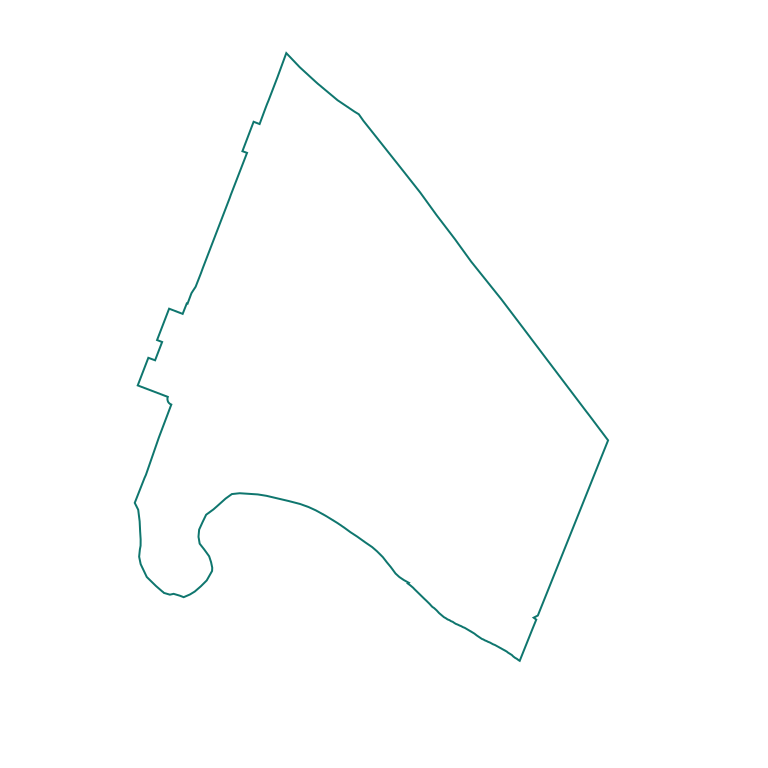 outline of Peppermint Grove, Western Australia, Australia, rotated 111°
{"feature_id": "25037944B88199537818715", "entity_name": "Peppermint Grove", "entity_type": "district", "adm_level": 2, "iso_a3": "AUS", "parent_name": "Australia", "parent_adm1": "Western Australia", "projection": "robinson", "projection_center": [115.77, -31.999], "detail": "fine", "context": "isolated", "style": "outline", "palette": "teal", "viewbox_px": 768, "rotation_deg": 111, "n_neighbors": 0, "source": "geoboundaries", "source_scale": "gbopen_adm2", "svg_char_len": 2302}
<svg xmlns="http://www.w3.org/2000/svg" viewBox="0 0 768 768"><g transform="rotate(111 384 384)"><path d="M356.3,154.6L339.6,181.3L336.8,185.9L301.5,242.7L289.1,262.6L285.9,267.7L262.8,304.9L259.3,310.9L238.5,346.5L226.5,364.9L223.6,369.3L207.6,395.3L192.4,418.6L174.8,448.2L170.8,455.0L145.4,498.0L145.1,498.4L141.2,504.2L140.3,509.2L137.4,521.7L135.7,529.1L127.4,553.4L126.3,556.3L119.2,574.3L118.4,576.3L110.1,593.8L135.8,593.4L147.7,593.4L160.9,593.4L164.4,593.5L168.3,593.5L185.9,593.3L185.9,599.7L217.4,599.6L217.3,594.7L262.3,594.8L265.8,594.7L269.7,594.7L340.9,594.7L346.1,594.6L360.7,594.7L364.8,595.6L368.2,596.3L379.4,596.2L379.4,597.0L390.7,597.1L390.7,611.6L424.3,611.6L424.3,606.2L443.9,606.2L444.0,613.4L473.6,613.4L473.5,581.2L474.7,581.1L475.9,580.7L476.4,580.4L476.9,580.1L477.4,579.7L477.9,579.3L478.6,578.3L478.9,577.7L479.3,576.5L479.4,575.2L514.7,575.0L554.1,573.7L557.5,573.9L584.3,574.1L589.5,568.4L599.8,562.9L609.1,558.8L616.3,555.5L622.2,553.3L626.0,552.6L633.0,550.7L639.4,546.6L649.2,536.3L654.3,524.5L657.2,516.5L657.4,515.7L657.9,514.6L657.4,508.4L655.3,505.2L654.8,498.9L654.8,494.6L650.1,489.8L645.6,486.3L638.5,482.5L630.9,479.1L620.2,477.5L617.1,478.5L612.3,481.6L607.5,485.5L603.0,492.4L599.1,498.9L594.3,501.7L593.9,502.0L592.9,502.5L586.2,504.4L578.1,503.9L569.8,503.2L562.2,498.3L558.6,496.4L547.7,490.8L541.3,486.6L537.7,479.6L532.3,462.2L530.5,453.6L527.4,430.9L526.1,419.5L525.9,410.3L526.4,402.4L527.9,391.5L529.8,381.2L530.5,377.5L532.5,369.1L534.4,362.1L536.1,354.2L538.5,345.0L540.5,336.6L542.6,330.8L546.0,323.1L549.4,317.5L552.5,312.0L556.8,305.3L558.7,300.5L559.9,295.4L560.7,289.6L561.7,290.3L562.6,287.1L563.8,283.7L564.5,282.3L570.2,269.1L571.0,267.1L573.1,262.3L574.0,260.6L574.8,258.9L575.2,257.0L576.4,253.9L578.1,250.5L580.2,244.5L580.5,242.3L581.0,240.3L581.0,238.2L581.4,236.5L581.4,234.6L581.9,232.6L582.2,231.0L582.2,229.0L582.4,226.8L582.4,225.1L582.7,223.3L582.7,221.3L584.6,210.2L585.5,207.3L586.9,201.3L586.9,199.6L587.2,197.9L587.2,196.2L587.4,194.5L587.4,192.4L587.9,189.0L587.9,187.0L589.8,173.5L590.3,172.1L591.2,167.5L592.0,165.8L592.7,163.4L592.9,161.7L593.6,159.3L593.8,158.1L565.5,157.7L558.8,157.6L549.4,157.4L548.5,160.5L545.0,157.4L431.4,155.7L374.9,154.9L356.3,154.6Z" fill="none" stroke="#0f766e" stroke-width="2"/></g></svg>